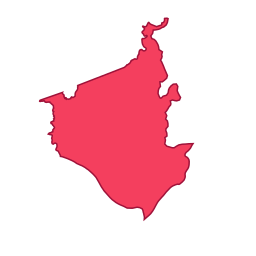 Sepone, Savannakhét, Laos (Mercator projection), rotated 249°
{"feature_id": "54806243B75063146976266", "entity_name": "Sepone", "entity_type": "district", "adm_level": 2, "iso_a3": "LAO", "parent_name": "Laos", "parent_adm1": "Savannakhét", "projection": "mercator", "projection_center": [106.495, 16.758], "detail": "fine", "context": "isolated", "style": "filled", "palette": "rose", "viewbox_px": 256, "rotation_deg": 249, "n_neighbors": 0, "source": "geoboundaries", "source_scale": "gbopen_adm2", "svg_char_len": 5742}
<svg xmlns="http://www.w3.org/2000/svg" viewBox="0 0 256 256"><g transform="rotate(249 128 128)"><path d="M125.7,54.7L125.1,55.8L124.3,56.9L121.0,60.7L117.5,64.2L115.4,66.0L113.3,67.4L110.6,70.1L109.2,71.6L106.5,73.8L104.7,74.9L103.2,76.0L99.9,77.7L97.9,78.7L95.5,79.7L93.3,80.5L87.7,81.4L84.7,81.8L82.6,82.1L77.7,83.2L75.9,83.9L69.3,86.4L66.9,87.5L62.7,90.1L60.5,91.9L58.8,93.5L56.4,96.0L53.6,98.5L52.1,102.0L51.5,103.6L50.8,108.1L49.4,110.5L47.4,112.3L45.7,112.4L44.0,112.1L42.7,112.0L38.9,111.4L36.8,110.4L38.1,113.9L38.8,115.9L39.9,118.5L41.6,121.2L43.3,123.4L45.4,125.8L48.0,128.9L49.1,130.6L51.4,135.0L52.3,136.9L54.6,140.8L57.1,146.1L57.6,147.6L57.9,149.3L58.0,152.2L57.8,154.2L57.1,155.4L57.2,156.4L58.1,159.1L59.0,161.0L59.5,161.9L61.3,163.5L62.6,164.2L63.9,164.5L65.5,165.3L66.4,166.3L67.5,167.7L68.4,169.1L69.6,170.4L71.2,171.5L72.4,172.1L75.0,173.2L75.6,173.3L76.7,173.5L78.2,173.2L78.8,173.0L79.6,172.6L80.9,171.5L81.6,171.3L83.0,171.8L83.7,172.5L84.5,173.8L85.1,175.8L85.9,177.5L86.9,179.2L88.8,181.3L90.1,183.1L91.4,179.4L92.5,175.6L93.4,172.9L94.0,169.4L93.6,166.6L93.0,164.0L93.7,162.2L95.7,159.6L97.1,157.7L99.9,156.6L103.4,158.7L105.8,158.9L106.5,161.5L109.4,162.4L112.1,162.4L113.7,163.2L115.2,165.9L117.9,166.9L120.5,167.3L122.8,166.3L125.6,168.6L129.2,168.3L130.1,170.1L131.6,172.1L133.1,173.9L134.1,175.9L135.2,176.7L138.2,177.2L138.2,179.6L136.8,181.5L135.9,183.2L135.7,186.1L137.7,188.0L140.1,187.6L143.2,187.3L145.2,187.3L146.5,188.0L149.0,189.4L151.8,188.9L152.7,185.9L152.3,184.8L152.0,183.5L150.5,180.9L149.0,179.5L146.5,178.1L144.8,175.7L145.1,172.1L144.1,170.1L144.3,168.9L145.0,168.6L146.8,168.4L149.4,168.4L152.1,169.7L153.9,171.1L155.2,173.2L158.7,174.0L159.7,174.4L158.8,176.5L159.5,179.0L160.6,181.9L162.8,183.6L170.0,183.3L171.5,183.3L173.4,183.3L177.8,183.1L179.7,182.7L181.2,184.5L182.7,185.5L184.4,185.7L186.8,187.4L190.1,185.0L193.1,185.7L195.2,185.8L197.3,185.5L199.4,185.1L201.4,184.1L202.9,182.3L205.8,182.3L207.5,184.9L210.4,186.7L210.0,187.7L209.6,189.5L209.2,192.0L209.2,193.7L209.6,195.6L209.5,197.6L210.5,200.6L212.3,202.5L215.7,204.6L216.6,203.7L216.7,202.8L216.9,202.4L217.2,201.8L217.2,201.5L217.0,201.2L215.9,200.9L215.0,200.4L213.9,199.1L213.9,197.1L212.4,196.5L212.2,196.1L212.4,191.0L216.9,186.2L217.9,185.7L219.1,185.3L219.2,185.1L219.2,184.9L219.0,184.5L216.7,182.0L216.4,181.4L216.3,180.6L216.6,180.0L216.9,179.4L217.8,178.5L217.7,178.3L217.6,178.1L217.2,178.1L216.3,178.4L215.3,179.0L214.9,179.0L214.6,178.9L214.2,178.5L213.7,177.9L212.8,175.8L212.6,175.6L212.3,175.4L211.8,175.4L211.5,175.4L210.3,176.0L208.9,176.1L208.0,176.3L207.8,176.6L207.7,177.0L207.7,177.4L207.8,178.2L207.8,178.4L207.6,178.7L207.3,178.8L207.0,178.8L206.5,178.4L206.1,177.5L205.8,175.5L205.8,174.9L205.9,174.5L206.3,173.8L206.3,173.4L205.8,172.8L205.3,172.6L202.9,171.9L201.0,171.6L199.1,171.8L198.4,171.9L197.9,172.1L197.4,172.4L196.8,173.0L196.2,173.3L195.5,173.4L195.2,173.3L194.9,173.1L194.5,172.6L194.2,172.0L194.1,171.3L194.2,170.8L194.4,170.3L194.8,169.8L195.5,169.3L196.2,169.1L196.4,168.8L196.5,168.5L196.4,168.3L196.6,167.9L196.4,167.5L196.5,167.0L196.2,166.6L195.6,166.0L194.1,165.1L193.8,164.9L193.4,164.9L193.1,164.7L192.8,164.4L192.8,164.1L192.5,163.7L192.1,163.5L191.9,163.2L191.7,162.8L190.7,162.1L190.1,162.1L189.8,161.9L189.6,161.7L189.3,161.2L189.2,160.4L189.3,160.1L189.9,159.5L190.1,159.4L190.0,159.0L190.2,158.6L190.0,157.8L189.9,157.0L189.9,156.9L190.0,156.6L190.0,156.0L189.6,155.7L189.6,154.8L189.3,154.5L188.9,154.4L188.7,154.1L188.4,153.6L188.0,153.2L187.9,152.7L187.6,152.4L187.5,151.9L187.6,151.6L187.3,151.0L187.2,150.2L187.4,149.7L186.8,149.0L186.6,148.1L185.9,146.5L185.7,96.3L185.1,96.3L184.8,96.2L184.3,95.6L183.5,95.5L182.9,95.2L182.3,94.8L181.8,94.3L180.2,91.9L179.2,91.1L176.7,90.0L176.1,87.9L176.3,87.3L176.6,87.0L176.7,86.5L176.9,86.4L177.2,86.5L177.2,86.4L176.7,85.5L176.1,85.1L176.3,84.8L176.0,84.1L176.1,83.3L176.1,82.8L176.5,82.5L176.7,82.2L177.0,81.2L176.9,80.7L177.3,80.6L177.7,80.9L178.2,81.0L178.4,81.0L178.6,80.8L178.6,80.5L178.0,80.0L178.0,79.8L178.2,79.6L178.5,79.6L178.6,80.0L178.7,79.8L178.9,79.6L179.4,79.8L179.8,79.5L180.1,79.4L180.3,79.6L180.5,79.6L180.7,79.8L181.6,80.0L181.9,80.0L182.0,79.8L182.6,79.6L182.8,79.5L183.5,79.3L184.4,79.3L184.7,79.6L185.4,56.9L185.4,56.4L185.4,55.9L185.0,55.3L184.8,55.2L184.6,55.1L184.3,55.4L184.2,55.6L184.2,56.2L183.9,57.3L183.5,58.3L183.7,58.8L183.6,59.4L183.4,59.6L182.9,59.6L182.7,59.8L181.9,59.9L181.6,60.3L181.6,60.7L181.1,61.2L181.0,62.2L180.7,62.7L180.7,63.3L180.2,64.0L180.2,64.3L179.6,64.3L178.6,65.0L177.9,65.2L177.7,65.4L176.5,65.9L176.1,66.2L175.6,66.3L174.5,66.0L174.2,65.8L173.9,65.9L173.1,65.7L172.5,64.7L171.5,64.2L171.0,63.8L170.9,63.8L170.8,64.0L170.2,64.3L170.0,64.5L169.2,63.7L168.2,63.2L167.6,63.1L167.1,63.1L166.5,63.2L166.2,63.1L165.9,63.3L165.5,63.5L165.4,63.4L165.2,63.2L165.1,62.8L164.9,62.9L164.0,63.0L163.7,63.0L163.4,62.7L163.4,62.4L163.3,62.0L162.8,62.2L162.4,62.0L162.4,61.8L162.1,61.5L161.8,61.1L161.3,61.1L161.4,60.8L161.2,60.4L161.1,60.0L161.2,59.8L161.2,59.0L161.2,58.4L160.5,57.8L159.6,57.9L159.5,58.1L159.3,58.4L158.6,58.7L157.8,58.7L157.0,59.1L156.2,59.3L155.9,59.3L155.1,59.6L154.7,59.5L154.3,59.2L154.1,58.6L154.0,58.3L153.6,58.1L153.5,57.6L153.1,57.1L152.1,56.8L151.7,56.4L151.4,56.3L151.5,55.6L151.6,55.2L151.3,54.4L151.5,53.4L151.5,52.6L151.2,51.9L151.0,51.6L150.9,51.4L150.0,52.5L149.3,53.7L148.7,54.4L148.2,54.6L147.9,54.5L146.6,53.7L145.8,53.1L144.3,53.0L143.8,52.8L143.1,52.5L142.3,51.9L141.1,51.6L140.5,51.7L139.9,52.2L139.7,52.7L140.1,53.6L140.1,54.3L139.7,55.1L139.0,55.6L138.5,55.8L136.6,55.3L135.9,54.9L133.9,53.0L132.9,53.0L132.5,53.4L131.8,54.2L131.1,54.6L128.7,54.8L127.4,55.0L126.4,54.9L125.7,54.7Z" fill="#f43f5e" stroke="#9f1239" stroke-width="1.5"/></g></svg>